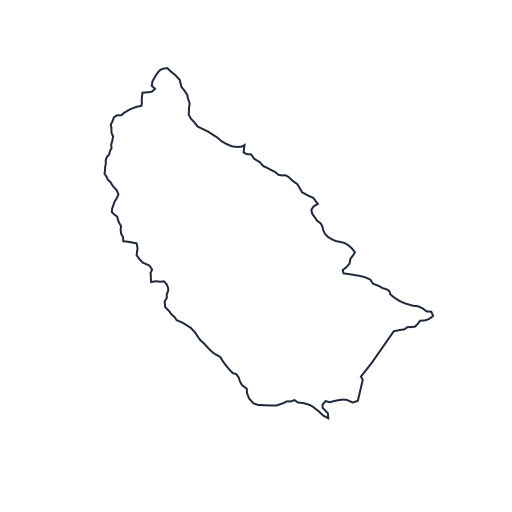 outline of Avaí, São Paulo, Brazil, rotated 294°
{"feature_id": "56859067B54783802415701", "entity_name": "Avaí", "entity_type": "district", "adm_level": 2, "iso_a3": "BRA", "parent_name": "Brazil", "parent_adm1": "São Paulo", "projection": "equal_earth", "projection_center": [-49.307, -22.194], "detail": "fine", "context": "isolated", "style": "outline", "palette": "slate", "viewbox_px": 512, "rotation_deg": 294, "n_neighbors": 0, "source": "geoboundaries", "source_scale": "gbopen_adm2", "svg_char_len": 2968}
<svg xmlns="http://www.w3.org/2000/svg" viewBox="0 0 512 512"><g transform="rotate(294 256 256)"><path d="M391.6,98.6L388.9,94.4L386.3,92.5L382.9,91.5L378.5,90.8L373.3,90.4L369.1,91.5L367.7,95.7L363.9,94.2L362.1,91.6L359.0,85.8L355.0,87.1L351.9,88.2L349.4,89.5L346.6,90.2L343.4,85.8L338.7,81.2L333.1,77.2L329.9,75.9L327.8,71.6L324.9,69.8L320.9,70.1L316.9,69.9L314.6,71.6L309.9,73.8L307.1,76.8L303.1,77.8L298.8,78.4L295.9,80.1L292.4,79.9L288.9,80.6L286.0,79.5L282.4,79.7L278.9,81.4L275.8,82.0L272.8,83.3L269.6,84.1L267.6,87.2L265.5,89.5L264.2,93.1L261.6,96.9L259.5,101.9L256.3,105.3L252.5,105.3L247.9,104.7L243.9,105.1L240.1,105.4L237.4,106.5L236.2,109.9L235.5,113.3L233.1,115.0L231.0,117.1L228.3,120.6L225.1,121.6L221.7,123.5L219.3,126.7L215.5,128.8L217.0,133.4L219.0,141.8L214.8,144.7L211.7,145.5L208.2,146.6L205.8,150.6L203.9,155.0L203.9,162.7L201.3,166.6L197.5,166.6L195.1,168.0L192.5,169.2L189.5,170.9L192.1,174.5L193.5,178.9L195.4,182.3L193.8,185.9L190.7,189.0L188.1,190.0L185.0,189.9L181.6,191.5L177.1,191.1L172.4,193.8L170.3,199.1L168.2,202.8L167.1,206.4L165.1,209.6L165.2,215.6L164.6,220.7L163.8,225.7L161.5,231.3L158.6,235.7L156.5,239.3L154.9,244.2L152.3,250.2L150.7,254.3L149.7,258.7L149.3,264.3L146.7,268.0L144.4,271.9L141.4,278.0L139.6,282.3L140.0,286.1L138.1,289.5L135.0,292.2L132.3,295.8L131.0,301.5L126.8,303.8L123.1,307.6L120.4,313.4L120.8,318.9L122.4,322.5L123.6,325.8L125.6,330.6L127.6,335.3L130.4,338.4L133.3,341.4L135.7,343.2L137.3,347.0L140.0,349.7L139.2,353.5L141.0,359.6L141.8,365.8L141.3,369.7L139.7,376.3L137.6,382.1L137.1,388.0L141.6,385.6L144.4,378.6L147.4,377.2L151.8,378.6L152.4,382.9L154.7,385.6L157.6,389.6L160.2,393.8L161.5,397.6L161.5,404.1L165.1,407.9L186.4,403.9L188.4,400.9L205.4,405.2L243.4,412.5L245.4,415.5L247.4,418.2L249.2,421.3L252.5,423.2L254.1,426.4L256.1,430.0L259.8,431.4L263.6,432.2L265.8,436.5L268.7,439.6L273.3,442.2L276.4,438.8L274.8,434.4L275.9,429.5L276.0,424.5L274.3,419.2L273.3,411.4L273.3,404.9L274.5,398.0L275.6,394.4L278.3,392.0L278.7,388.2L278.1,384.7L278.6,380.6L278.3,374.1L280.9,370.1L281.0,365.2L280.4,361.1L279.7,357.6L278.4,352.7L277.0,347.2L275.7,343.1L278.4,340.9L282.4,343.1L287.1,344.5L292.1,343.4L296.5,344.5L299.7,344.8L302.1,340.2L303.2,336.5L303.9,331.7L303.1,327.1L302.1,322.9L302.1,318.6L302.7,314.0L304.4,309.8L306.9,307.0L310.0,304.6L312.1,301.9L313.1,297.4L315.3,293.9L317.3,290.3L320.6,287.8L324.7,288.4L328.7,291.3L332.4,284.7L332.4,279.4L332.9,272.3L338.5,264.5L339.5,259.1L341.5,253.4L341.7,250.0L340.2,247.0L339.3,243.5L340.5,239.5L340.8,233.6L341.1,229.9L341.1,226.1L343.2,221.5L344.1,214.7L346.8,210.2L345.3,206.0L345.5,202.5L352.7,200.4L350.2,198.6L348.1,194.8L346.4,189.6L346.3,183.1L346.9,177.5L348.5,172.4L349.1,168.0L350.1,162.1L350.4,154.3L350.5,150.0L353.0,145.4L355.1,140.5L357.8,137.0L361.4,135.7L364.2,134.5L368.3,133.4L372.4,129.6L375.2,127.7L378.2,122.9L380.3,118.9L385.9,114.7L388.6,108.3L389.9,103.0L391.6,98.6Z" fill="none" stroke="#1e293b" stroke-width="2"/></g></svg>